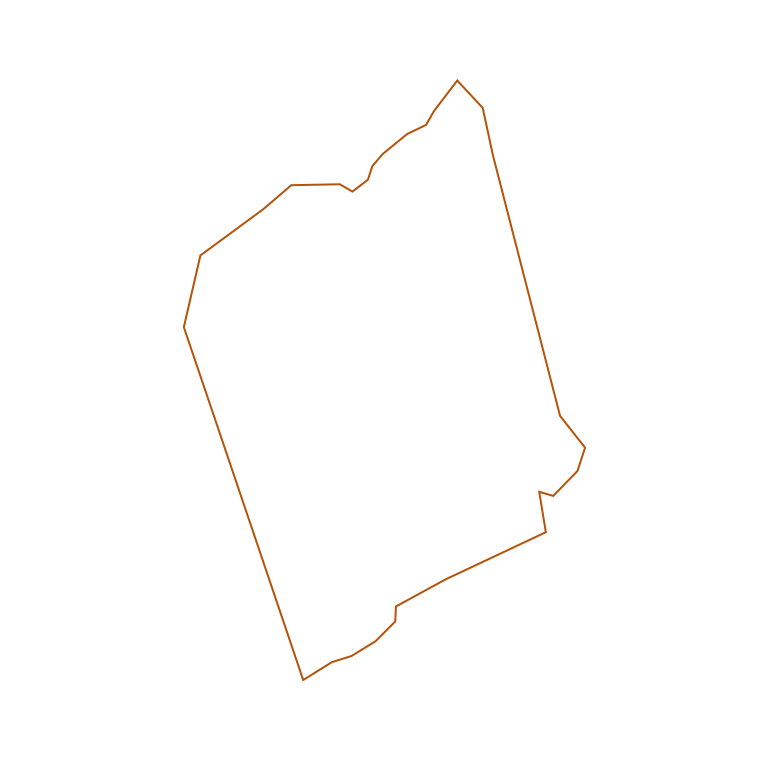 the district of Monte das Gameleiras, Rio Grande do Norte, Brazil, rotated 228°
{"feature_id": "56859067B40912870181920", "entity_name": "Monte das Gameleiras", "entity_type": "district", "adm_level": 2, "iso_a3": "BRA", "parent_name": "Brazil", "parent_adm1": "Rio Grande do Norte", "projection": "mercator", "projection_center": [-35.807, -6.43], "detail": "fine", "context": "isolated", "style": "outline", "palette": "amber", "viewbox_px": 768, "rotation_deg": 228, "n_neighbors": 0, "source": "geoboundaries", "source_scale": "gbopen_adm2", "svg_char_len": 526}
<svg xmlns="http://www.w3.org/2000/svg" viewBox="0 0 768 768"><g transform="rotate(228 384 384)"><path d="M523.1,642.1L560.5,641.5L553.4,603.8L548.4,588.6L554.3,568.5L555.8,536.9L553.7,521.0L546.6,508.8L548.1,489.3L562.0,484.8L593.8,448.1L594.7,411.3L602.4,333.6L560.2,273.3L472.6,235.6L218.1,125.9L212.2,159.1L203.6,177.9L198.5,205.7L200.0,233.5L210.7,244.0L197.7,298.7L165.6,405.1L200.0,427.2L187.6,434.9L189.9,469.6L202.1,490.8L242.5,493.5L481.3,618.1L523.1,642.1Z" fill="none" stroke="#b45309" stroke-width="2"/></g></svg>